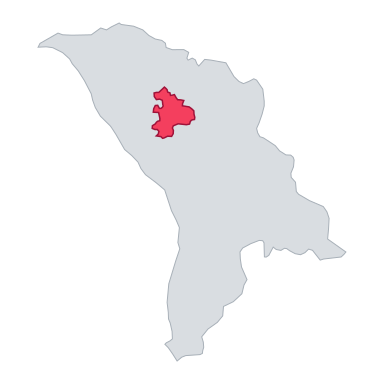 location of Sîngerei within Moldova
{"feature_id": "MDA-1622", "entity_name": "Sîngerei", "entity_type": "District", "adm_level": 1, "iso_a3": "MDA", "parent_name": "Moldova", "parent_adm1": "", "projection": "natural_earth1", "projection_center": [28.121, 47.671], "detail": "fine", "context": "in_parent", "style": "filled", "palette": "rose", "viewbox_px": 384, "rotation_deg": 0, "n_neighbors": 0, "source": "natural_earth", "source_scale": "10m", "svg_char_len": 2714}
<svg xmlns="http://www.w3.org/2000/svg" viewBox="0 0 384 384"><path d="M38.1,47.2L40.0,43.4L58.0,33.1L62.7,34.8L72.1,35.2L91.3,34.8L100.7,28.0L106.5,29.9L111.3,26.9L119.2,23.0L120.3,23.9L121.3,24.5L133.6,26.2L142.8,29.9L148.9,35.5L155.2,39.0L161.8,40.4L165.4,43.2L166.1,47.5L172.3,49.7L183.8,49.6L188.7,52.4L186.9,58.2L188.1,60.1L192.2,58.1L195.3,59.8L197.0,64.0L198.8,66.0L204.7,59.4L210.9,60.1L225.9,62.8L234.0,76.6L239.0,81.5L243.4,83.6L248.9,81.4L253.8,78.8L256.6,80.1L262.8,89.2L264.2,101.1L264.2,106.0L262.1,114.1L259.1,122.8L256.6,128.4L257.7,132.9L259.9,136.7L263.5,137.9L275.2,145.6L279.6,150.9L285.9,154.9L290.7,155.1L293.2,157.3L294.1,160.0L293.5,166.8L290.9,173.2L291.2,177.4L295.5,182.2L296.0,187.9L296.3,191.5L298.6,194.3L309.4,200.6L323.3,206.6L326.9,211.8L329.1,218.4L328.5,229.4L327.6,239.0L345.9,252.0L343.9,254.4L341.1,257.0L323.7,259.0L320.2,260.1L312.5,250.3L308.6,249.1L304.9,252.7L300.5,254.7L295.2,253.7L289.6,250.7L286.7,248.6L284.4,248.3L280.9,250.4L276.2,249.5L273.2,247.1L268.8,255.4L266.1,257.1L264.4,256.9L264.0,242.8L262.7,240.7L259.2,240.4L250.7,243.7L242.7,248.0L240.0,251.9L240.3,258.8L241.5,267.0L247.0,279.6L244.0,285.0L241.9,293.7L233.3,301.7L223.5,306.4L222.7,315.9L217.3,322.4L208.0,329.0L201.7,336.8L203.3,342.2L203.7,347.3L202.7,350.7L202.4,353.4L200.0,354.6L185.7,355.6L181.7,357.2L177.1,361.0L172.6,353.9L168.2,347.6L164.9,344.3L166.3,342.8L169.8,341.0L172.4,338.9L172.1,331.5L170.2,323.0L168.5,318.9L168.3,312.4L167.1,302.4L168.8,283.8L175.9,260.4L179.8,248.8L177.9,242.5L179.4,227.6L176.3,220.3L171.5,210.7L164.7,189.9L156.1,182.7L145.5,174.7L141.0,168.7L138.0,162.1L131.8,155.6L124.6,149.5L116.0,134.5L111.6,127.7L110.2,125.8L100.4,116.2L95.3,107.5L92.7,100.3L91.2,93.7L84.4,80.6L78.2,70.8L72.3,63.8L69.6,58.9L62.6,52.6L52.8,47.7L46.3,46.8L38.1,47.2Z" fill="#d9dde1" stroke="#a8b0b8" stroke-width="1"/><path d="M154.1,93.0L156.4,92.4L158.8,92.4L164.4,87.1L165.8,88.3L167.1,89.7L167.4,91.1L167.9,92.3L168.9,92.5L169.9,92.8L170.5,95.4L172.2,95.2L174.4,94.6L176.0,97.5L177.6,99.7L180.8,99.9L183.8,100.5L182.6,103.5L182.4,105.8L189.1,106.9L191.6,108.7L193.8,110.8L194.0,114.2L194.8,117.3L194.5,119.5L192.4,119.8L191.2,120.4L190.2,121.7L189.9,123.0L189.5,124.1L186.4,124.7L178.1,123.8L173.3,125.8L172.4,128.0L173.4,130.4L173.2,133.7L171.6,136.4L167.6,136.2L164.2,137.9L162.6,138.3L160.9,136.6L156.3,135.9L158.2,134.1L158.9,131.4L157.3,129.5L154.9,129.5L152.2,128.4L152.4,125.7L155.3,123.9L156.3,122.4L157.5,121.3L159.8,120.7L159.9,118.5L158.6,112.5L153.3,112.2L153.7,108.7L155.3,105.5L157.7,105.3L159.4,108.4L161.0,108.4L162.4,107.3L163.2,105.9L162.8,104.6L162.3,100.3L159.6,99.1L156.4,99.6L154.3,96.6L154.1,93.0Z" fill="#f43f5e" stroke="#9f1239" stroke-width="1.5"/></svg>